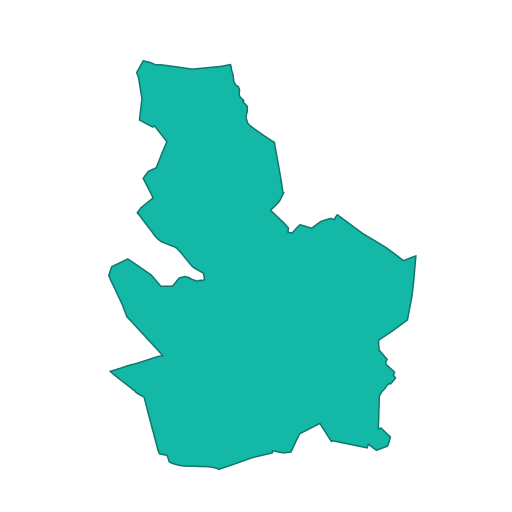 Zilākalna pag., Kocenu, Latvia (Mercator projection), rotated 353°
{"feature_id": "27541924B75578071059761", "entity_name": "Zilākalna pag.", "entity_type": "district", "adm_level": 2, "iso_a3": "LVA", "parent_name": "Latvia", "parent_adm1": "Kocenu", "projection": "mercator", "projection_center": [25.176, 57.583], "detail": "fine", "context": "isolated", "style": "filled", "palette": "teal", "viewbox_px": 512, "rotation_deg": 353, "n_neighbors": 0, "source": "geoboundaries", "source_scale": "gbopen_adm2", "svg_char_len": 5279}
<svg xmlns="http://www.w3.org/2000/svg" viewBox="0 0 512 512"><g transform="rotate(353 256 256)"><path d="M179.7,54.0L174.3,50.9L167.9,48.5L159.9,59.4L161.2,64.7L161.3,69.3L162.0,85.7L156.9,106.8L169.0,115.3L169.5,115.4L171.1,114.4L181.5,131.7L174.9,143.0L170.5,151.3L167.7,156.3L159.6,158.8L155.5,162.9L153.5,165.4L154.9,169.1L158.8,179.6L160.3,184.0L161.0,185.9L158.1,187.6L147.7,194.1L143.6,198.4L143.4,198.8L144.3,199.8L145.5,201.8L148.1,206.4L150.0,209.7L151.4,211.9L152.3,213.6L155.6,219.1L156.9,221.5L158.0,223.6L159.1,225.2L160.3,226.7L161.6,228.1L162.0,228.6L163.6,230.1L171.6,234.6L175.3,236.5L176.3,237.1L177.6,238.1L178.0,238.3L178.8,239.3L180.4,241.4L182.2,244.0L184.1,247.1L187.6,252.6L188.9,254.8L189.9,256.2L190.9,257.8L191.6,258.6L192.2,259.4L193.0,260.1L194.1,261.1L197.0,263.1L198.2,264.0L199.3,264.8L200.7,265.9L201.8,267.0L201.8,267.7L202.0,272.3L202.0,272.7L201.9,272.9L201.6,273.2L201.4,273.3L200.9,273.6L200.4,273.7L200.1,273.8L199.9,273.9L199.6,273.8L199.4,273.7L199.2,273.6L199.0,273.4L198.8,273.3L198.7,273.4L198.3,273.3L198.1,273.4L198.0,273.5L197.9,273.7L197.8,273.8L197.6,273.8L197.5,273.7L197.4,273.6L197.1,273.6L196.9,273.5L196.8,273.4L196.6,273.4L196.3,273.3L196.1,273.3L195.9,273.3L195.7,273.4L195.6,273.6L195.4,273.8L195.0,274.0L194.5,273.8L194.1,273.5L193.7,273.4L193.3,273.5L193.1,273.4L192.8,273.3L192.2,272.4L191.7,272.4L191.2,272.3L190.6,272.0L190.2,271.8L189.7,271.5L189.1,270.9L188.8,270.8L188.6,270.9L188.4,271.0L188.1,270.9L187.9,270.3L187.6,269.6L186.9,269.4L186.5,269.3L186.1,269.0L185.9,268.9L185.6,269.0L185.4,268.9L185.1,268.5L184.9,268.3L184.3,268.4L184.1,268.3L183.6,268.1L183.0,267.7L177.0,268.5L173.7,271.7L169.5,275.8L169.0,275.7L157.9,274.5L156.6,272.5L156.5,272.4L155.6,271.0L151.0,264.0L149.3,261.7L140.9,254.2L128.4,243.3L111.4,249.1L108.9,254.4L108.8,254.6L108.7,254.9L107.5,257.5L107.6,258.0L109.8,265.3L109.9,265.6L112.0,271.3L112.2,271.9L112.2,272.1L117.4,288.2L120.6,300.9L121.1,301.5L122.9,303.8L144.3,333.6L151.3,343.5L145.9,343.9L124.2,348.1L117.4,348.9L105.9,351.2L97.3,352.7L97.9,353.5L99.4,355.2L100.6,356.5L102.2,358.0L103.4,359.4L114.1,370.0L119.0,375.0L119.8,375.3L119.9,376.2L120.6,377.0L121.1,377.5L121.3,377.7L122.1,378.4L124.8,380.3L127.4,382.2L127.7,382.4L128.6,388.9L129.4,395.5L131.3,409.3L131.7,412.7L132.6,418.6L135.0,436.4L136.1,440.6L136.4,440.7L139.2,441.7L143.4,442.9L144.4,447.3L144.5,447.7L144.8,449.5L144.9,449.9L145.8,450.5L147.6,451.5L148.7,452.1L150.4,452.9L152.0,453.5L153.2,454.0L155.5,454.8L157.7,455.4L160.6,456.0L170.5,457.3L171.5,457.6L177.3,458.5L179.6,458.8L181.6,459.1L183.4,459.5L185.4,459.9L187.2,460.5L189.1,461.2L190.4,461.7L192.0,462.4L192.9,463.0L193.3,463.2L211.3,459.4L227.5,455.7L228.2,455.6L229.1,455.5L248.4,453.4L248.6,451.6L248.6,451.4L248.8,451.3L253.1,452.8L253.6,453.0L255.3,453.6L257.1,454.1L258.9,454.7L259.3,454.9L260.5,454.7L263.4,454.8L266.3,454.8L266.9,454.8L267.1,454.5L270.0,449.7L273.0,444.9L277.7,437.8L298.8,430.0L299.0,430.0L308.1,449.1L308.7,449.2L309.1,448.6L309.4,448.7L343.0,460.0L344.5,456.5L351.8,463.5L363.0,460.9L364.1,459.5L365.0,457.9L367.3,452.0L359.1,442.0L356.3,442.5L358.1,431.3L359.1,424.5L360.1,418.4L360.2,418.2L360.2,417.2L360.8,413.8L361.1,410.7L361.2,410.4L361.4,410.0L363.7,406.9L364.3,406.1L364.9,405.6L367.3,403.7L368.4,402.6L369.1,401.8L369.4,401.4L370.3,400.4L371.0,399.8L371.6,399.4L371.8,399.5L372.5,398.6L373.6,399.2L373.9,399.4L377.1,396.6L379.7,394.0L377.8,391.4L378.1,390.8L379.3,388.8L379.3,388.0L372.6,380.3L372.1,379.8L372.0,379.5L371.9,379.2L371.8,378.7L371.8,378.4L371.8,378.2L371.8,377.8L371.8,377.7L371.9,377.4L371.9,377.2L372.0,377.0L372.1,376.8L372.2,376.6L372.3,376.5L372.5,376.1L372.9,375.5L373.1,375.1L373.6,374.5L372.5,373.0L367.2,365.0L366.8,365.0L366.9,363.3L367.0,359.7L367.0,357.7L367.2,356.2L367.3,355.4L367.3,354.5L367.7,354.4L375.8,350.3L382.0,347.2L398.5,337.9L399.7,334.1L402.1,326.8L405.7,315.5L407.9,306.7L409.7,299.1L411.5,290.5L413.3,281.8L414.7,275.5L414.3,275.5L413.8,275.5L413.5,275.6L410.3,276.4L404.2,278.0L401.9,278.7L401.4,278.2L399.9,276.7L397.1,274.0L396.4,273.3L392.0,269.0L385.9,263.3L377.9,257.0L371.6,252.1L365.2,247.1L364.9,246.9L356.7,239.2L351.9,234.6L348.2,231.0L344.4,227.5L342.3,225.4L341.8,225.0L340.4,226.3L339.3,227.7L338.9,228.7L338.7,229.0L338.2,229.0L337.2,228.9L336.3,228.5L335.6,228.1L335.0,227.9L334.4,227.8L330.3,228.5L328.5,228.8L328.1,228.9L324.7,229.6L323.6,230.2L320.6,231.8L315.0,235.0L314.7,235.1L314.4,235.1L311.7,233.9L310.6,233.5L309.1,232.7L304.0,230.5L303.6,230.5L302.9,230.7L302.2,231.2L302.0,231.3L297.0,235.6L294.9,237.3L294.9,237.6L290.6,236.4L290.6,236.2L291.6,232.3L287.7,226.5L287.5,226.1L287.1,225.9L276.0,212.4L282.1,207.7L283.7,206.4L285.6,204.9L286.3,204.0L290.9,197.1L291.2,196.5L290.5,196.0L290.3,187.9L290.2,184.0L289.8,183.6L289.8,183.2L290.1,182.9L289.9,178.8L289.3,167.1L288.7,156.5L288.2,147.7L288.1,145.4L286.4,144.1L282.6,140.9L278.8,137.7L277.7,136.7L269.8,129.6L265.4,125.3L263.8,122.7L263.0,117.0L264.3,112.7L264.9,111.9L265.1,110.9L265.5,106.2L261.7,101.1L262.8,100.2L259.6,96.3L259.0,93.8L259.9,88.9L259.2,85.9L256.6,83.7L255.3,80.2L255.3,77.4L255.2,72.4L254.3,68.3L254.5,66.5L254.0,62.9L250.8,63.1L244.9,63.5L235.6,63.3L215.5,62.8L201.5,58.9L185.3,54.7L179.7,54.0Z" fill="#14b8a6" stroke="#0f766e" stroke-width="1.5"/></g></svg>